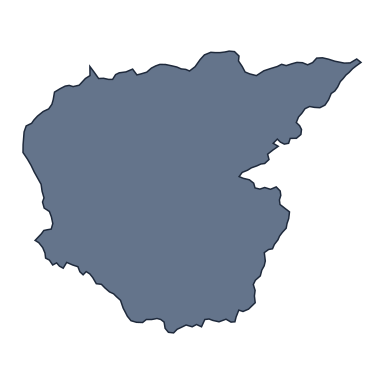 outline of Itatiba, São Paulo, Brazil
{"feature_id": "56859067B5628063584569", "entity_name": "Itatiba", "entity_type": "district", "adm_level": 2, "iso_a3": "BRA", "parent_name": "Brazil", "parent_adm1": "São Paulo", "projection": "robinson", "projection_center": [-46.798, -23.014], "detail": "fine", "context": "isolated", "style": "filled", "palette": "slate", "viewbox_px": 384, "rotation_deg": 0, "n_neighbors": 0, "source": "geoboundaries", "source_scale": "gbopen_adm2", "svg_char_len": 2616}
<svg xmlns="http://www.w3.org/2000/svg" viewBox="0 0 384 384"><path d="M344.3,63.1L334.8,61.2L328.6,59.2L322.5,57.8L316.7,58.1L312.6,62.6L307.6,64.8L302.5,62.7L296.9,62.4L291.8,63.8L286.2,65.6L281.6,64.3L277.3,66.5L270.1,68.7L263.8,70.8L256.4,75.6L249.7,73.9L245.1,72.0L242.2,66.5L238.5,61.0L239.0,56.0L234.5,51.6L229.1,51.1L225.0,52.0L220.1,52.6L215.1,52.6L210.8,52.3L204.4,54.9L200.2,59.5L197.5,63.3L195.1,66.7L189.5,71.0L185.8,69.4L181.2,68.9L176.8,67.0L171.7,65.8L165.5,64.5L159.9,64.4L155.7,65.9L151.4,68.1L146.7,72.2L140.9,73.9L136.9,74.9L132.6,69.1L126.0,71.9L119.2,72.8L115.6,74.6L112.6,79.4L108.5,79.4L103.6,78.3L98.6,78.5L94.0,72.0L89.9,66.5L90.0,75.6L85.4,78.5L79.2,85.2L73.1,86.6L69.2,85.4L65.2,86.1L60.1,88.7L54.5,92.1L53.2,99.7L51.9,104.3L48.7,108.9L43.2,111.5L37.5,116.1L34.0,119.9L31.6,123.3L26.2,125.9L24.1,131.9L23.1,144.5L23.0,152.5L27.5,159.2L31.1,165.4L34.2,171.9L41.1,184.3L42.1,191.3L44.0,197.9L42.5,202.0L44.2,208.1L49.4,211.5L51.4,216.9L52.8,223.6L51.2,229.1L47.5,229.7L43.8,230.5L41.3,233.9L35.1,240.4L38.8,242.7L42.7,247.6L45.0,253.1L45.6,258.1L49.4,260.1L52.7,265.0L56.6,262.9L59.5,266.2L63.2,268.2L66.7,262.4L72.7,265.0L77.9,266.7L79.9,271.8L83.1,274.8L86.2,271.6L89.8,273.9L92.7,277.5L96.3,283.7L101.4,284.3L105.0,288.0L109.5,291.9L113.6,293.8L116.5,296.7L120.5,300.3L123.2,308.2L125.2,312.0L127.4,316.3L131.0,320.7L136.5,322.3L142.6,322.5L146.3,319.5L151.7,319.5L157.0,318.5L160.8,319.5L164.1,322.1L165.1,328.3L168.4,332.3L173.6,332.9L177.1,329.3L181.4,327.3L186.1,325.0L192.2,326.8L196.5,324.5L201.5,326.8L204.8,319.5L209.1,319.0L212.8,320.4L219.0,321.8L226.0,319.2L231.0,322.1L234.9,321.8L236.1,317.0L238.8,310.1L243.0,311.5L248.6,309.1L255.2,302.7L254.4,296.0L255.1,290.4L253.3,284.5L255.4,280.2L260.3,275.9L261.8,270.1L264.2,265.8L265.3,261.0L264.3,252.6L268.6,249.5L272.5,248.8L274.4,244.4L277.9,239.9L279.6,236.0L282.4,232.3L286.2,228.2L287.0,223.6L288.7,218.6L289.5,211.9L280.0,204.5L279.4,199.9L280.8,195.4L280.2,191.0L276.2,186.9L270.5,189.3L264.7,187.5L259.9,189.1L255.0,187.9L253.7,183.2L249.4,179.8L243.2,178.3L239.1,176.6L242.2,172.4L247.6,170.2L251.4,167.8L256.8,165.9L260.9,164.0L264.7,163.5L269.0,159.5L267.6,154.2L272.8,150.1L278.2,146.3L273.2,143.3L277.3,139.1L280.4,142.1L284.3,144.1L288.6,143.3L290.2,138.4L296.4,138.3L300.9,134.5L301.5,129.5L299.6,125.7L296.3,122.5L298.5,117.0L301.9,113.2L305.0,108.7L309.6,106.5L314.5,107.4L319.9,107.7L325.0,105.1L328.6,99.7L331.2,93.5L334.8,91.0L337.6,87.1L340.3,81.6L343.1,78.6L345.9,75.1L349.0,72.5L352.6,68.7L356.3,65.8L361.0,62.4L356.7,59.0L350.2,62.9L344.3,63.1Z" fill="#64748b" stroke="#1e293b" stroke-width="1.5"/></svg>